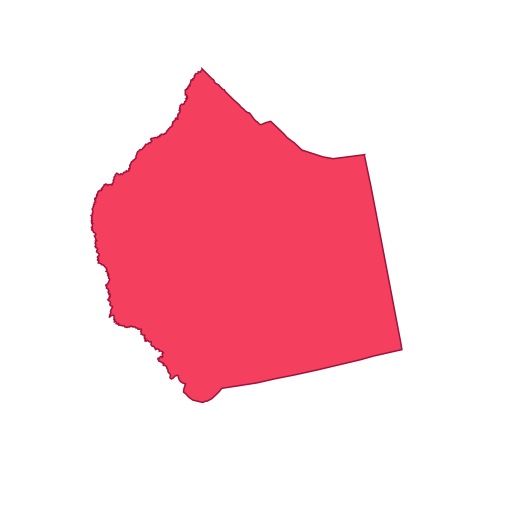 outline of Same, Kilimanjaro, United Republic of Tanzania, rotated 44°
{"feature_id": "72390352B83063272545753", "entity_name": "Same", "entity_type": "district", "adm_level": 2, "iso_a3": "TZA", "parent_name": "United Republic of Tanzania", "parent_adm1": "Kilimanjaro", "projection": "albers", "projection_center": [37.677, -4.203], "detail": "fine", "context": "isolated", "style": "filled", "palette": "rose", "viewbox_px": 512, "rotation_deg": 44, "n_neighbors": 0, "source": "geoboundaries", "source_scale": "gbopen_adm2", "svg_char_len": 6046}
<svg xmlns="http://www.w3.org/2000/svg" viewBox="0 0 512 512"><g transform="rotate(44 256 256)"><path d="M87.1,158.8L87.8,159.5L87.8,160.9L88.4,162.2L86.5,163.6L87.1,164.1L87.3,165.1L86.0,166.6L86.5,169.4L87.3,169.5L87.9,170.9L87.4,172.4L88.3,173.2L87.1,174.3L87.0,174.5L88.8,177.3L89.3,179.5L90.2,179.4L90.1,179.9L89.6,180.3L89.6,181.1L89.7,181.8L90.4,182.2L90.0,183.5L90.6,183.9L90.1,184.6L89.8,186.0L91.2,186.8L91.9,188.1L92.7,188.4L93.2,189.2L94.5,188.4L95.2,188.9L95.4,189.6L96.4,189.4L96.2,191.3L97.1,190.9L97.2,191.3L97.0,191.9L97.9,193.2L97.5,194.3L98.5,196.3L98.6,197.1L98.1,197.3L97.9,198.0L97.0,198.5L97.0,200.7L97.8,201.3L97.9,202.0L98.7,203.0L99.6,203.3L99.3,203.9L99.6,204.6L100.6,204.5L101.3,204.8L101.3,206.5L101.6,207.2L101.3,208.0L101.7,208.7L102.2,208.9L102.7,210.4L103.5,211.4L104.6,211.6L104.3,212.4L103.1,212.1L102.5,212.8L103.5,214.8L103.2,215.8L103.4,216.6L103.0,217.6L104.1,218.6L104.4,219.7L105.2,220.0L105.4,221.7L104.8,222.9L105.0,224.3L104.8,225.8L105.2,226.6L105.0,228.0L105.9,230.1L105.9,230.7L105.0,231.5L105.2,232.8L103.2,234.2L103.6,235.4L103.0,236.1L103.8,237.0L102.5,238.0L103.0,239.3L101.3,240.6L99.7,243.4L99.0,244.0L99.0,245.2L100.5,245.7L101.2,245.6L101.4,248.0L100.6,248.6L100.2,250.0L100.4,250.6L99.9,251.5L99.0,252.4L99.9,254.9L99.6,255.9L100.0,258.6L98.6,260.1L98.8,262.0L98.4,262.8L98.7,264.1L99.8,266.1L100.0,267.0L101.0,268.4L101.6,268.8L101.6,271.9L101.1,272.3L101.5,273.6L101.0,274.7L102.0,277.0L102.1,278.4L104.3,280.2L104.4,280.8L103.8,281.4L104.0,281.6L104.5,281.1L104.7,281.3L104.7,282.2L105.2,283.0L105.1,283.7L104.6,284.3L103.5,284.7L104.1,286.0L103.8,286.6L102.9,287.3L102.8,288.1L103.4,290.0L102.8,290.5L101.9,290.6L101.6,291.0L101.8,291.7L100.5,292.9L99.7,292.7L98.3,293.2L98.4,295.3L99.3,296.7L99.1,297.8L100.3,299.0L100.8,300.9L102.0,301.6L102.3,302.5L102.3,304.0L103.1,304.5L103.0,304.9L101.1,306.1L99.8,308.6L98.9,308.1L98.0,308.5L97.4,310.1L97.4,310.6L97.8,310.8L98.1,312.7L98.1,314.9L99.1,315.2L99.2,316.4L98.8,317.1L98.1,317.0L97.6,319.3L99.1,321.9L98.7,322.3L99.3,323.3L99.9,323.1L100.3,325.3L100.9,325.7L100.7,326.2L100.1,326.3L100.0,326.6L101.1,327.7L102.3,327.9L103.1,328.4L102.5,329.5L102.8,330.4L104.0,331.0L103.6,331.9L104.4,332.6L104.4,333.4L105.3,334.2L105.3,335.5L105.9,336.4L107.4,336.9L108.2,337.5L108.5,339.0L109.7,339.8L109.2,341.5L111.0,341.7L111.0,342.5L111.8,343.3L112.5,343.5L112.7,344.0L113.4,344.0L113.1,345.1L114.4,345.4L114.4,346.2L115.2,346.6L115.5,346.0L116.0,346.0L116.2,346.8L117.7,348.3L118.0,348.9L117.7,349.7L118.1,349.8L118.4,349.5L118.8,350.1L119.5,350.1L119.4,350.8L119.6,351.3L121.5,351.2L122.8,351.9L124.1,351.3L125.9,351.7L125.8,352.7L126.1,353.3L125.8,353.9L128.0,354.5L129.7,355.6L130.8,355.5L130.7,356.2L130.1,356.9L131.1,357.6L131.3,358.5L131.7,358.8L133.1,359.1L133.7,361.0L134.2,360.7L135.0,361.3L135.6,360.8L137.3,361.0L137.7,361.6L137.5,362.5L138.4,363.8L141.5,363.5L142.3,363.9L142.7,365.2L142.5,366.1L143.1,366.0L143.1,367.2L144.3,367.2L144.6,368.9L145.0,369.1L146.0,368.3L147.3,370.6L150.0,369.0L150.7,369.6L151.5,369.3L152.3,368.5L155.5,368.8L156.6,368.6L157.2,368.8L157.4,369.4L158.0,369.4L158.8,370.1L158.8,371.2L160.0,370.7L160.6,370.8L161.0,371.5L161.4,371.4L162.0,371.9L162.2,371.4L163.0,371.6L162.9,373.0L164.3,373.0L165.3,374.4L166.4,374.2L167.2,374.6L168.7,379.3L168.1,380.7L168.4,381.5L168.7,381.6L169.4,381.4L169.4,381.8L170.4,382.5L170.7,383.0L172.5,382.5L173.4,383.2L174.5,383.2L174.8,383.8L174.6,384.7L175.0,385.0L175.6,384.8L176.0,385.0L177.7,386.4L177.3,385.6L177.3,384.9L178.7,385.7L179.2,386.4L178.9,386.9L179.5,387.3L179.1,387.8L180.0,388.5L179.6,390.2L180.6,390.6L182.2,390.2L183.6,390.4L183.7,390.1L183.9,391.4L184.6,391.7L184.8,392.7L186.2,392.7L187.7,392.0L188.3,392.8L189.3,396.0L190.0,397.1L190.8,397.4L192.2,400.8L193.0,401.7L193.4,400.7L193.2,399.3L193.8,398.4L195.0,397.6L197.3,399.2L197.6,400.2L198.1,400.4L198.8,400.0L199.2,401.1L199.9,401.8L200.2,400.9L201.3,400.6L202.4,401.1L202.4,401.8L203.8,400.9L204.0,400.2L204.7,401.0L205.3,401.1L205.8,400.4L206.7,400.2L207.1,399.6L208.6,399.0L209.4,397.9L209.7,397.7L211.2,398.1L211.5,397.7L212.3,397.5L212.5,397.0L213.2,396.6L213.5,395.6L214.5,394.8L214.2,393.8L215.6,393.1L216.3,392.4L216.9,392.5L216.9,392.1L218.0,391.1L219.7,391.2L220.5,390.2L221.9,390.7L224.3,388.4L224.7,388.5L225.1,389.1L225.4,390.3L226.4,390.4L227.6,392.0L228.3,391.4L229.6,391.4L230.8,390.3L231.3,390.5L231.6,391.6L233.0,392.8L233.5,392.8L233.8,392.2L234.3,392.2L234.6,393.6L235.1,394.2L235.5,394.1L235.5,393.4L236.3,393.3L236.5,392.3L236.8,392.0L238.9,391.9L239.9,390.6L240.7,390.9L242.0,392.7L243.1,393.0L243.9,393.0L245.4,392.0L248.9,393.0L249.3,391.5L249.6,391.0L251.5,390.8L252.6,391.7L252.8,391.0L253.9,390.3L255.3,389.9L256.5,389.9L256.1,390.7L256.7,392.0L257.8,392.3L259.0,393.6L259.0,394.0L258.7,394.2L257.7,394.1L257.1,394.6L257.4,396.9L256.6,397.4L256.9,398.3L258.2,398.3L258.5,398.9L258.9,399.1L260.8,398.3L262.9,398.0L264.4,397.4L264.5,398.2L265.3,399.1L266.7,397.8L268.6,397.8L270.2,398.8L271.5,398.9L272.8,400.1L274.0,400.7L275.4,400.5L276.7,400.8L277.2,401.1L278.4,403.1L279.6,403.5L280.5,403.3L281.2,401.8L281.1,398.8L282.4,396.2L283.5,396.3L284.2,397.1L287.1,398.5L288.9,398.7L291.0,398.5L294.0,396.9L294.4,397.9L294.7,397.8L296.0,401.0L297.2,402.6L297.7,403.5L298.5,404.3L301.7,403.9L304.9,404.2L306.8,404.1L310.7,403.5L318.5,398.9L319.8,397.9L320.3,395.8L321.7,394.3L323.3,389.4L323.7,382.3L323.7,378.3L323.4,376.7L323.4,375.2L323.8,374.3L345.0,346.4L354.9,331.2L366.6,314.4L379.3,295.3L403.6,257.4L409.8,246.7L426.0,222.0L420.9,218.2L307.4,138.1L290.6,126.3L263.8,108.1L263.7,107.7L244.0,132.3L235.5,138.1L215.6,147.8L215.4,147.6L215.6,147.9L204.5,148.0L202.7,148.4L195.9,149.2L191.1,148.8L173.0,148.9L170.4,153.3L168.6,157.5L167.5,158.7L166.4,158.8L163.3,158.6L161.9,159.1L159.0,158.8L152.1,157.6L150.2,158.7L147.2,159.1L144.8,158.9L142.2,159.3L138.9,158.9L131.2,159.2L120.3,159.1L119.3,159.0L117.7,158.4L116.5,159.1L115.8,159.2L111.7,159.1L110.4,158.8L106.5,160.0L102.8,158.7L101.3,159.1L87.1,158.8Z" fill="#f43f5e" stroke="#9f1239" stroke-width="1.5"/></g></svg>